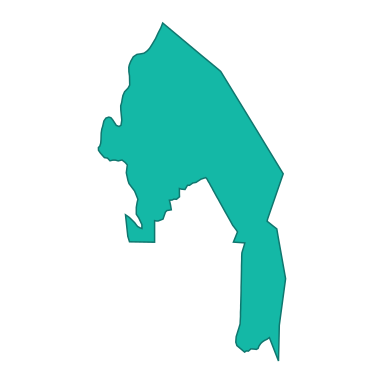 Buriti dos Lopes, Piauí, Brazil
{"feature_id": "56859067B71763963739929", "entity_name": "Buriti dos Lopes", "entity_type": "district", "adm_level": 2, "iso_a3": "BRA", "parent_name": "Brazil", "parent_adm1": "Piauí", "projection": "equal_earth", "projection_center": [-41.834, -3.271], "detail": "fine", "context": "isolated", "style": "filled", "palette": "teal", "viewbox_px": 384, "rotation_deg": 0, "n_neighbors": 0, "source": "geoboundaries", "source_scale": "gbopen_adm2", "svg_char_len": 2323}
<svg xmlns="http://www.w3.org/2000/svg" viewBox="0 0 384 384"><path d="M98.5,150.3L100.5,153.2L102.5,155.5L104.4,157.6L107.5,158.1L110.0,160.8L112.8,160.1L115.3,160.1L118.2,160.9L122.0,160.0L125.1,162.4L127.3,164.9L126.3,172.8L127.9,180.2L129.0,183.6L134.5,190.9L135.5,193.2L137.9,199.3L137.1,202.6L136.3,207.3L136.3,214.2L138.8,218.0L141.9,224.6L141.9,228.5L140.1,227.9L137.6,226.5L136.3,224.9L134.7,222.7L133.0,221.0L131.3,219.3L129.4,217.5L127.3,216.0L125.5,214.8L127.8,236.3L129.5,241.8L154.6,242.2L154.6,239.1L154.6,235.9L154.6,220.6L156.4,221.0L158.1,221.0L163.0,219.1L165.4,212.2L166.8,210.6L171.3,209.8L170.5,204.9L169.4,200.2L172.2,200.0L173.9,199.1L176.5,199.3L179.5,196.8L179.4,193.5L179.4,191.0L179.4,188.5L181.2,189.1L185.0,189.5L187.5,185.3L189.5,185.3L192.8,183.0L196.0,182.4L200.9,179.2L205.7,177.6L207.2,179.3L208.3,181.5L209.4,183.2L210.8,185.9L212.1,188.1L213.2,190.3L214.4,192.4L215.7,194.8L217.0,197.2L218.1,199.0L220.1,202.7L222.5,207.0L224.2,210.1L225.2,211.9L227.2,215.4L228.9,218.4L230.3,220.9L231.5,223.1L232.7,225.3L234.5,227.6L236.3,230.0L237.5,231.9L233.4,242.1L244.8,242.9L244.1,245.6L242.6,250.4L241.9,252.9L241.7,256.5L241.7,260.1L241.6,262.8L241.5,266.1L241.5,269.3L241.4,274.2L241.3,279.7L241.2,283.6L241.1,287.0L241.1,290.8L241.0,295.2L240.9,299.2L240.8,302.9L240.7,305.2L240.7,308.2L240.5,312.3L240.5,316.6L240.3,319.9L240.1,324.0L238.9,328.0L237.7,331.8L237.0,334.1L236.2,336.6L236.0,339.0L235.8,342.2L236.9,345.6L242.6,350.4L244.6,352.1L246.4,350.9L248.4,351.1L250.9,348.9L254.2,349.1L256.4,349.4L258.1,348.4L258.9,346.2L260.7,343.5L262.4,341.9L264.6,340.4L267.1,339.2L269.4,337.6L278.5,361.0L279.3,325.2L285.6,278.7L278.5,238.9L277.7,234.3L276.8,228.9L273.1,226.0L267.1,221.2L267.6,219.0L283.2,173.8L255.1,127.6L220.7,71.4L215.6,67.1L201.8,55.7L162.7,23.0L160.9,27.7L158.3,32.7L155.5,38.7L151.6,45.2L149.6,48.3L147.4,50.7L145.9,51.9L144.0,53.2L141.0,53.8L136.9,54.4L133.3,56.8L130.8,61.2L129.4,64.7L128.8,67.3L128.9,71.8L129.5,75.9L129.7,85.1L128.0,88.2L124.6,91.7L122.9,95.6L122.1,99.7L121.7,102.4L120.7,105.8L120.8,109.9L121.8,120.1L121.0,125.2L119.1,126.5L116.3,125.4L112.6,119.7L110.9,117.7L108.8,117.1L105.9,118.1L103.9,121.0L102.6,126.6L101.8,129.1L101.2,133.1L101.0,139.7L100.7,143.2L99.8,146.1L98.4,147.6L98.5,150.3Z" fill="#14b8a6" stroke="#0f766e" stroke-width="1.5"/></svg>